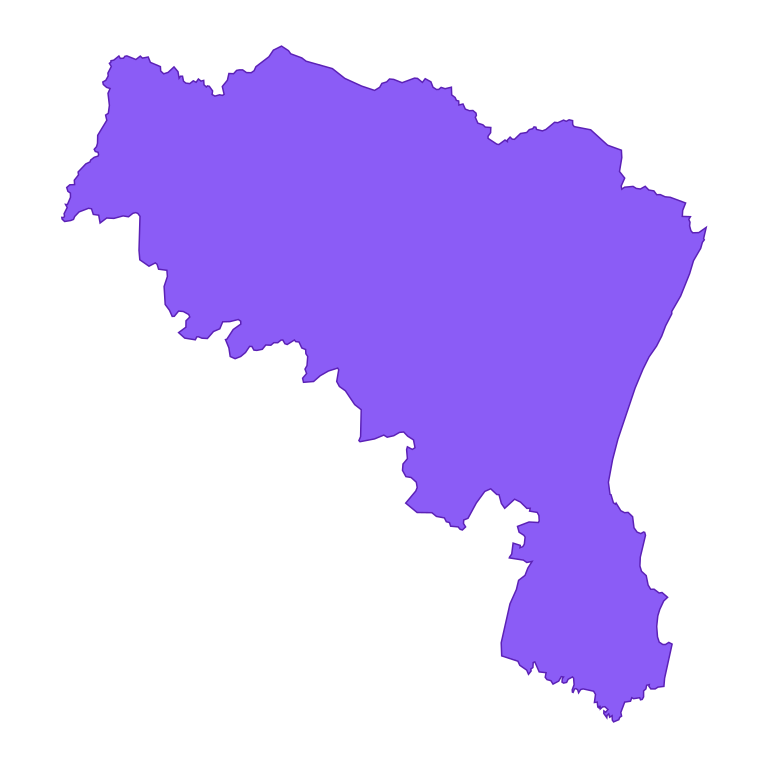 the district of Fenerive Est, Analanjirofo, Madagascar
{"feature_id": "10022922B92224420422748", "entity_name": "Fenerive Est", "entity_type": "district", "adm_level": 2, "iso_a3": "MDG", "parent_name": "Madagascar", "parent_adm1": "Analanjirofo", "projection": "albers", "projection_center": [49.228, -17.25], "detail": "fine", "context": "isolated", "style": "filled", "palette": "violet", "viewbox_px": 768, "rotation_deg": 0, "n_neighbors": 0, "source": "geoboundaries", "source_scale": "gbopen_adm2", "svg_char_len": 6003}
<svg xmlns="http://www.w3.org/2000/svg" viewBox="0 0 768 768"><path d="M663.9,686.4L664.6,678.2L672.1,644.1L668.8,642.4L665.5,644.5L662.8,644.5L659.2,642.1L657.5,636.9L656.7,626.4L657.8,615.9L659.8,609.3L663.7,601.0L667.6,597.3L662.0,592.5L659.1,593.0L654.1,589.2L650.7,589.3L648.1,585.0L646.2,575.6L641.5,571.3L639.9,566.0L640.3,557.1L645.5,535.3L644.7,532.4L643.6,532.0L640.8,533.6L637.1,532.1L634.0,527.8L632.6,516.7L628.1,512.4L624.6,512.7L620.8,510.7L616.1,503.1L615.5,504.2L613.4,502.8L611.0,494.7L610.0,494.3L608.4,482.3L612.6,459.6L617.9,439.2L635.1,388.1L643.0,369.1L649.1,356.8L656.5,346.2L661.7,336.1L665.6,325.8L671.8,313.8L671.7,311.5L680.6,296.1L689.6,273.7L693.5,260.7L700.7,248.3L702.4,242.3L704.3,239.8L703.6,238.6L706.2,227.4L698.8,232.6L692.7,232.8L690.9,230.7L689.6,225.9L690.0,222.2L688.8,219.4L690.4,216.7L682.3,216.4L682.7,210.4L685.6,203.0L670.3,197.3L665.1,196.8L660.3,194.6L656.7,194.7L653.9,190.9L648.8,190.0L645.2,186.3L640.4,189.0L636.2,188.4L633.1,186.4L624.6,187.2L621.8,189.2L621.2,186.0L624.7,178.1L619.5,171.5L621.8,157.6L621.4,150.2L607.6,145.2L590.7,129.8L574.2,126.6L572.7,124.6L572.6,120.6L569.1,119.8L566.2,121.3L563.6,120.1L557.8,122.7L554.6,122.3L545.9,129.5L542.4,130.9L536.5,129.4L535.9,127.2L534.0,126.9L532.7,128.7L529.3,129.6L526.7,132.5L520.5,133.5L514.5,139.3L512.3,139.2L510.1,137.1L507.4,140.0L507.4,141.6L505.0,140.0L498.9,144.5L496.9,144.2L488.1,138.4L488.0,136.3L490.6,132.7L490.8,127.5L485.3,127.1L482.9,124.8L477.8,123.1L475.3,117.3L476.4,115.4L476.0,113.1L472.9,110.5L469.4,110.7L465.3,109.1L463.0,104.0L458.9,105.0L458.7,101.0L456.4,100.4L455.1,97.5L451.7,94.9L451.4,87.2L445.1,88.7L441.1,87.4L438.8,89.4L436.5,89.5L433.0,87.2L430.9,81.8L425.2,78.7L422.4,82.4L417.5,78.4L414.5,78.1L402.1,82.7L393.7,79.4L389.5,79.0L386.7,81.9L381.9,83.4L379.7,87.3L374.6,90.4L361.7,86.1L344.8,78.4L332.4,68.6L306.1,61.2L301.8,57.9L290.7,53.8L288.5,50.7L281.5,46.1L273.4,50.1L268.9,56.8L255.9,66.7L254.1,70.7L251.2,72.7L246.5,72.6L242.7,69.9L239.2,69.9L236.6,70.4L233.6,73.7L228.9,73.5L227.4,80.2L222.3,86.5L224.1,94.3L222.5,95.4L219.6,94.8L214.9,96.1L212.1,94.5L212.6,90.9L209.3,86.3L207.4,85.9L206.3,87.0L204.0,84.8L203.7,80.4L201.0,81.1L198.4,79.0L196.1,82.3L193.3,80.8L189.8,83.6L185.8,83.1L183.5,81.2L182.5,76.2L180.5,76.2L179.1,78.2L178.0,71.7L174.0,66.9L168.1,72.4L163.7,73.8L160.7,71.0L160.4,66.6L150.4,62.4L148.2,57.0L142.4,58.1L140.3,56.1L135.9,59.5L126.9,55.9L124.9,56.3L123.5,58.2L120.3,58.4L118.9,56.0L113.7,60.2L111.0,60.7L110.8,62.3L109.4,63.3L111.3,66.5L107.9,73.1L108.2,76.0L105.8,80.3L102.8,82.0L103.3,84.5L106.6,87.4L110.1,88.5L108.0,93.3L109.4,105.4L108.3,113.3L105.6,115.1L106.8,120.3L97.7,135.3L97.5,143.3L96.5,146.7L94.2,149.3L95.3,151.5L98.1,152.3L98.6,154.9L98.0,156.1L94.2,157.3L90.7,160.0L90.0,161.9L85.8,163.9L78.1,172.0L78.5,174.9L74.3,180.2L74.6,184.6L69.8,184.8L66.7,187.5L67.9,191.3L70.4,193.1L70.5,197.3L67.4,204.6L65.5,204.4L67.2,207.5L64.1,213.7L64.5,216.2L63.7,217.5L61.8,217.4L62.1,219.1L64.6,221.5L70.8,220.5L73.5,219.4L74.7,216.5L79.1,211.9L88.5,208.3L91.5,208.8L93.3,214.4L98.7,215.2L100.1,223.0L106.7,218.0L113.9,218.4L123.1,215.9L128.5,216.8L132.9,213.3L135.7,212.6L137.8,213.4L140.0,216.3L139.0,250.4L139.8,259.8L149.0,266.2L155.3,262.9L157.1,264.3L158.6,269.2L166.9,270.3L167.4,276.5L164.1,286.5L165.2,304.5L169.5,310.3L172.2,316.4L174.3,316.3L178.6,311.1L183.3,311.5L188.7,314.5L189.8,317.0L186.0,320.8L185.9,327.2L178.6,332.6L184.7,338.1L195.3,339.8L196.8,336.9L198.3,336.7L201.9,338.2L207.4,338.5L213.5,331.5L219.8,328.8L222.7,321.8L229.9,321.6L238.3,319.5L240.7,321.2L240.8,324.1L233.2,329.5L226.8,339.3L225.5,339.6L228.9,347.9L230.2,356.5L235.1,358.7L240.7,356.5L245.5,352.5L249.6,346.4L251.9,346.5L253.9,350.1L256.8,350.4L262.3,349.3L265.8,345.0L270.9,345.2L273.8,342.7L277.8,342.7L281.0,340.1L282.8,340.0L284.9,343.7L287.2,344.5L294.4,340.0L295.7,341.6L299.0,342.0L301.8,348.0L305.6,349.5L305.9,353.8L307.7,356.4L307.0,365.6L305.0,369.1L306.6,373.5L302.6,378.2L303.5,382.3L313.6,381.5L320.2,375.7L328.4,371.0L337.7,368.1L338.7,369.8L336.7,381.5L339.4,386.5L345.4,390.8L354.7,404.6L361.2,409.7L360.6,436.6L358.9,440.6L360.0,441.7L374.6,438.9L383.8,435.1L387.2,437.2L393.8,435.7L399.5,432.4L403.7,432.0L407.7,436.2L413.5,439.9L415.0,447.7L412.3,449.4L407.4,446.8L406.6,449.6L407.4,458.7L403.0,464.0L402.5,470.4L405.9,476.6L411.1,477.5L416.3,482.2L417.2,487.5L415.8,491.0L405.7,503.1L417.1,512.5L431.9,512.7L436.4,516.4L444.4,517.9L446.3,521.7L449.5,522.6L450.6,526.2L458.1,526.9L460.1,529.3L462.4,530.0L465.6,526.9L463.5,523.5L463.7,520.0L468.0,518.3L476.3,503.0L484.8,491.4L490.7,488.8L496.8,494.5L499.0,494.7L501.4,503.5L504.7,508.3L514.6,499.2L520.5,502.1L526.9,508.4L530.2,508.3L529.6,511.1L537.2,512.4L538.9,515.5L539.2,520.9L538.4,522.5L529.0,522.0L517.5,526.4L519.1,532.2L523.9,535.3L525.1,537.2L524.3,544.2L522.8,546.6L520.0,547.7L520.3,545.4L513.1,543.1L511.7,554.1L509.6,557.0L509.3,557.9L523.4,560.1L526.8,562.5L532.1,561.4L527.9,568.0L525.0,575.4L518.6,580.3L516.4,589.5L510.0,603.8L501.2,642.8L501.7,655.9L517.9,661.2L519.8,665.3L526.7,670.1L528.5,674.3L531.1,671.0L530.8,669.1L532.9,667.5L533.2,662.5L534.8,661.9L539.2,671.9L546.1,672.7L545.2,677.3L547.0,679.6L550.9,680.7L553.0,684.1L558.7,681.1L561.3,676.6L563.5,677.0L562.3,678.7L562.0,682.1L563.6,683.1L566.6,682.4L568.1,679.3L572.5,676.9L573.6,678.2L574.1,684.7L572.2,689.8L572.4,692.1L573.1,692.4L574.5,689.0L576.0,688.6L577.7,689.8L578.6,692.8L580.6,689.6L583.1,688.9L593.6,691.2L595.5,694.4L594.4,702.5L597.2,702.1L597.8,707.0L598.7,707.7L598.7,706.5L600.1,706.3L600.3,709.0L602.6,706.9L604.9,706.7L608.0,709.5L605.7,712.2L603.9,710.9L603.8,713.5L606.8,717.7L607.0,715.5L608.7,713.9L609.7,717.2L612.1,715.7L612.3,720.1L613.6,721.9L618.8,719.7L619.7,717.4L621.6,716.1L620.8,712.5L624.7,702.1L630.5,701.2L631.8,697.7L633.6,698.7L639.7,697.7L640.5,699.8L642.2,699.4L643.6,696.9L643.6,690.9L645.9,688.9L646.6,685.3L649.3,684.6L648.9,686.3L650.8,688.9L655.2,688.9L658.0,687.1L663.9,686.4Z" fill="#8b5cf6" stroke="#5b21b6" stroke-width="1.5"/></svg>